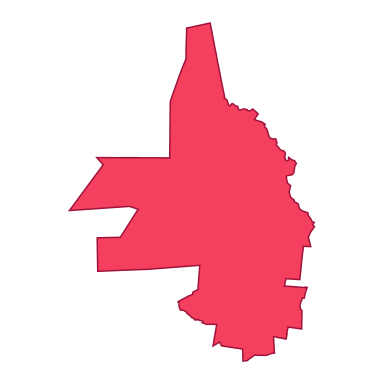 outline of Cosío, Aguascalientes, Mexico
{"feature_id": "50627088B99350928846043", "entity_name": "Cosío", "entity_type": "district", "adm_level": 2, "iso_a3": "MEX", "parent_name": "Mexico", "parent_adm1": "Aguascalientes", "projection": "mercator", "projection_center": [-102.285, 22.371], "detail": "fine", "context": "isolated", "style": "filled", "palette": "rose", "viewbox_px": 384, "rotation_deg": 0, "n_neighbors": 0, "source": "geoboundaries", "source_scale": "gbopen_adm2", "svg_char_len": 5502}
<svg xmlns="http://www.w3.org/2000/svg" viewBox="0 0 384 384"><path d="M289.3,184.6L287.5,183.1L286.5,178.5L286.5,178.0L286.3,176.3L287.2,175.7L289.8,175.2L292.5,174.6L293.9,172.5L294.6,167.8L294.8,166.0L295.9,164.3L296.4,163.5L294.4,160.5L293.8,160.5L293.5,160.5L292.1,159.9L288.6,157.4L288.5,159.6L288.5,160.1L287.6,160.7L287.0,160.7L286.0,160.2L285.7,160.1L285.4,159.5L284.7,156.8L285.4,154.3L285.1,152.4L284.4,151.7L283.6,150.9L280.8,150.1L280.7,150.1L276.0,144.4L276.6,143.5L277.0,142.8L275.7,138.8L275.4,138.9L274.1,138.9L273.1,138.9L273.0,139.0L272.0,138.7L270.9,138.4L270.4,138.3L269.8,137.7L268.8,135.8L267.6,131.6L267.0,129.6L266.8,129.1L266.7,129.0L266.6,128.8L266.4,128.4L265.2,127.7L265.0,127.4L264.8,127.2L264.8,126.9L264.8,125.3L263.5,123.7L264.4,123.7L263.2,122.9L262.0,122.0L261.7,121.9L260.5,121.4L259.1,121.2L257.0,120.5L255.8,120.0L254.5,119.5L254.8,119.0L255.4,117.9L256.7,116.1L258.2,113.9L257.6,113.4L256.4,112.2L256.2,112.0L255.5,111.4L255.3,111.2L255.2,111.1L254.9,110.9L252.8,109.0L250.3,110.6L250.2,110.7L248.8,110.9L248.6,110.9L247.8,110.8L247.6,110.2L247.1,109.8L246.5,109.4L245.6,109.2L244.6,109.0L244.4,109.0L243.5,109.0L242.3,109.3L239.8,110.1L239.1,110.0L238.7,109.6L238.5,109.0L238.0,107.3L237.8,106.5L237.0,106.2L236.1,105.8L235.1,105.6L234.6,105.3L233.6,104.2L233.0,103.8L232.8,103.7L232.7,103.7L232.2,103.7L231.3,104.1L230.9,104.6L230.5,105.1L230.0,105.6L229.1,105.7L228.5,104.9L228.1,103.4L227.7,102.2L227.2,100.4L226.3,99.4L225.4,98.7L224.6,98.4L224.8,98.3L224.3,95.6L223.8,92.9L223.5,91.5L222.8,88.1L222.3,85.5L222.0,84.1L221.1,79.7L219.8,72.9L219.7,72.2L218.7,67.2L218.1,64.6L217.5,61.7L216.9,58.4L216.7,57.3L216.0,52.8L215.0,48.7L215.0,48.4L211.8,31.2L210.1,23.0L209.8,23.1L186.5,28.1L186.5,28.4L186.7,29.6L186.7,29.8L186.6,32.0L186.6,34.0L186.5,35.8L186.4,37.7L186.4,38.5L186.4,39.5L186.3,41.3L186.3,42.9L186.2,44.2L186.2,45.5L186.1,46.7L186.1,47.8L186.1,48.8L186.0,49.9L186.0,58.7L185.9,59.2L185.6,59.9L184.1,63.5L181.9,69.0L179.5,75.2L173.3,92.8L172.6,94.7L170.3,101.3L170.3,101.5L170.3,102.1L170.2,107.3L170.2,108.9L170.2,109.0L170.1,117.2L170.1,117.4L170.1,124.8L170.0,126.4L170.0,126.7L170.0,128.0L170.0,135.1L170.0,135.3L169.9,142.2L169.8,148.8L169.7,155.8L169.7,158.0L167.4,157.9L162.4,157.9L158.1,157.8L157.5,157.8L156.8,157.8L156.0,157.8L155.3,157.8L154.7,157.8L154.3,157.8L154.0,157.8L153.4,157.8L152.8,157.8L152.3,157.8L151.7,157.8L151.2,157.8L150.7,157.8L150.2,157.8L149.9,157.8L149.3,157.8L149.0,157.8L148.8,157.8L148.5,157.8L148.2,157.8L147.3,157.8L147.0,157.8L146.8,157.8L146.4,157.8L146.1,157.8L144.6,157.8L143.8,157.8L143.3,157.8L142.6,157.8L140.2,157.8L139.8,157.8L139.2,157.7L138.8,157.7L138.1,157.7L137.4,157.7L133.0,157.7L131.2,157.7L121.9,157.7L96.8,157.6L103.2,164.8L69.5,210.5L129.6,206.4L138.1,209.3L120.3,237.3L97.2,237.8L97.7,271.3L114.3,270.6L148.0,269.3L199.8,265.3L197.9,289.6L195.3,290.9L192.9,292.2L192.4,294.7L191.4,294.8L190.1,295.4L189.9,295.7L187.9,296.2L187.2,296.7L186.2,297.3L185.1,297.9L181.0,300.0L180.2,300.5L178.2,301.5L178.0,302.1L179.1,302.8L179.1,303.1L179.0,306.0L180.0,309.6L181.3,310.3L182.7,310.0L183.8,310.4L184.0,310.7L185.5,311.4L186.3,311.9L186.9,313.3L188.3,314.4L188.6,314.7L189.5,315.4L189.9,315.7L190.5,316.1L191.1,317.0L191.5,317.3L191.8,317.6L192.2,317.7L193.2,318.2L193.6,318.5L193.9,318.7L194.2,319.1L195.0,320.1L195.6,319.7L195.9,319.5L196.5,319.9L196.9,320.1L197.0,320.1L197.3,319.6L198.0,319.4L198.4,319.7L198.7,319.6L199.8,320.6L201.6,320.5L201.9,320.7L203.0,321.6L203.2,322.8L202.7,322.9L206.2,324.3L216.7,324.4L215.4,332.0L214.5,337.1L214.0,340.3L213.6,342.7L213.0,346.0L214.3,345.2L219.7,342.1L219.8,342.2L221.3,345.6L221.7,345.8L222.1,346.0L222.5,346.0L222.9,346.1L223.3,346.1L224.0,346.3L224.3,346.3L224.7,346.4L225.1,346.4L225.4,346.5L225.8,346.5L226.1,346.6L226.5,346.6L226.8,346.7L227.2,346.7L227.5,346.8L227.9,346.8L229.1,347.0L230.3,347.2L231.5,347.4L231.9,347.4L234.1,347.8L235.3,348.0L236.6,348.1L237.0,348.2L242.0,349.0L242.3,349.0L242.6,349.1L242.9,358.0L242.9,360.2L242.9,360.6L242.9,361.0L243.4,360.9L245.0,360.9L246.2,360.7L246.6,360.7L247.2,360.6L248.0,360.0L249.4,358.9L253.8,355.7L254.1,355.4L254.4,355.3L254.8,355.2L260.2,355.3L262.5,355.3L265.1,355.4L266.1,355.4L266.4,355.3L266.8,355.2L267.7,354.9L271.0,353.6L271.3,353.5L272.1,353.4L274.5,353.1L274.5,352.7L274.4,352.3L274.0,345.0L273.9,344.8L273.9,344.5L273.7,340.3L273.5,336.6L275.2,336.8L275.5,336.8L276.5,337.2L278.3,337.6L278.9,337.7L280.3,337.9L282.0,338.2L282.5,338.3L283.3,338.5L285.2,338.9L285.2,338.7L286.2,338.9L287.1,333.4L286.6,333.3L288.1,327.4L287.9,327.1L288.6,327.1L290.4,327.4L293.8,327.9L294.2,327.9L297.4,328.4L301.6,329.0L302.0,310.6L301.5,310.1L300.6,309.3L300.5,308.8L300.4,308.2L299.9,305.6L300.2,304.4L300.9,302.0L301.2,301.1L301.8,300.1L302.1,298.4L302.1,298.0L304.2,298.2L304.3,297.6L304.6,296.6L304.8,295.4L305.1,294.1L305.4,293.2L305.6,292.1L306.1,290.6L306.2,290.3L306.9,288.3L307.2,287.4L305.1,287.1L305.0,287.6L290.0,286.4L284.6,286.0L284.2,286.0L284.9,284.5L284.9,283.3L286.1,278.7L291.9,279.1L292.8,279.1L293.2,279.2L293.9,279.2L297.2,279.4L298.3,279.5L299.7,279.6L299.8,279.6L302.4,254.5L303.5,246.3L310.7,246.6L308.4,237.2L310.5,232.3L314.5,226.6L312.9,225.4L312.9,224.8L314.3,222.3L312.4,221.8L310.7,218.8L308.3,215.3L307.9,212.8L302.7,211.0L299.9,209.2L298.8,206.9L298.4,204.1L296.9,203.0L294.4,201.7L294.0,201.5L294.3,200.3L290.6,197.1L290.0,194.9L289.8,194.4L289.2,192.3L289.2,192.1L290.2,187.4L290.7,185.8L289.3,184.6Z" fill="#f43f5e" stroke="#9f1239" stroke-width="1.5"/></svg>